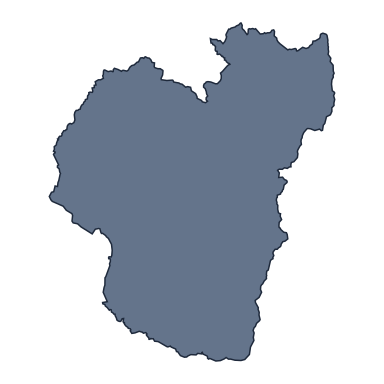 Rong Kwang, Phrae, Thailand (Natural Earth projection)
{"feature_id": "78962969B55827771181130", "entity_name": "Rong Kwang", "entity_type": "district", "adm_level": 2, "iso_a3": "THA", "parent_name": "Thailand", "parent_adm1": "Phrae", "projection": "natural_earth1", "projection_center": [100.384, 18.327], "detail": "fine", "context": "isolated", "style": "filled", "palette": "slate", "viewbox_px": 384, "rotation_deg": 0, "n_neighbors": 0, "source": "geoboundaries", "source_scale": "gbopen_adm2", "svg_char_len": 5841}
<svg xmlns="http://www.w3.org/2000/svg" viewBox="0 0 384 384"><path d="M220.4,360.6L224.4,358.8L226.1,357.5L228.4,359.1L230.6,359.1L234.9,360.2L241.0,360.5L244.8,359.5L249.4,354.5L250.5,347.0L253.9,340.5L253.3,337.4L254.1,333.0L253.1,330.4L254.1,327.7L255.4,326.4L256.5,323.4L259.6,320.6L260.1,319.5L259.0,315.0L259.2,312.3L258.1,309.3L258.3,307.7L255.5,302.6L255.2,300.4L259.1,297.4L261.6,292.2L260.5,289.6L260.7,286.3L261.5,284.9L262.7,283.8L264.1,281.1L266.5,278.6L266.3,276.8L266.7,275.5L266.4,274.5L266.7,271.2L268.3,270.0L270.4,260.8L271.3,259.6L273.0,258.7L272.8,257.5L273.8,255.6L272.9,253.1L273.3,251.7L275.1,249.3L277.4,249.2L278.4,247.9L280.3,246.7L280.9,245.8L281.2,244.1L282.8,241.7L285.1,241.1L287.8,238.9L287.2,234.5L286.4,232.7L283.7,232.2L280.7,229.4L280.3,228.2L279.2,227.5L278.9,225.9L279.2,222.3L281.6,219.6L280.2,216.3L280.5,213.7L279.6,213.6L278.4,212.6L277.7,209.1L277.8,205.3L276.8,203.8L277.0,202.6L276.3,200.1L276.7,197.9L277.3,197.3L277.3,195.2L280.5,194.1L280.9,192.7L282.2,191.5L282.4,190.3L283.3,189.3L284.1,185.1L287.0,182.5L287.1,181.3L286.5,180.4L284.4,179.5L282.6,177.2L278.7,177.5L279.3,172.9L277.6,170.3L279.2,169.2L282.3,169.3L284.5,167.8L287.3,168.4L289.3,167.0L291.0,166.8L290.8,165.0L291.3,162.5L293.9,161.7L297.4,157.6L297.9,153.8L297.4,151.9L297.7,150.2L299.9,146.1L301.4,144.5L301.0,141.5L301.2,139.4L302.1,137.8L302.4,135.6L303.8,132.5L306.8,129.0L307.7,128.5L310.5,128.8L314.8,130.5L319.6,129.1L321.3,130.7L322.5,130.3L323.3,125.2L324.8,123.4L326.5,116.7L330.4,114.8L331.9,111.4L331.8,107.8L334.0,105.5L333.9,103.1L334.7,99.4L333.6,95.8L334.7,93.0L334.0,91.9L332.3,90.8L331.5,84.2L331.9,79.8L333.3,77.2L333.1,75.3L334.1,73.2L333.3,71.2L333.1,65.2L330.2,61.6L330.8,58.2L328.1,54.4L328.6,51.7L328.2,48.9L328.4,46.8L327.9,45.3L328.1,44.0L327.7,42.4L327.9,40.3L327.0,35.3L326.0,34.2L322.9,33.2L321.1,33.9L320.4,34.8L320.1,37.3L319.4,38.5L315.3,40.9L313.0,41.1L312.3,44.1L310.0,45.6L308.6,47.6L306.0,48.5L302.7,47.3L298.0,50.7L296.9,51.0L296.5,50.8L296.2,49.1L295.2,48.5L291.4,49.5L289.3,49.2L287.8,49.9L280.0,43.8L278.0,41.8L276.9,39.8L276.7,38.1L274.2,35.9L274.5,31.4L273.7,29.9L271.9,30.3L270.6,32.3L269.3,32.8L267.3,32.8L265.8,33.5L264.6,32.7L263.3,33.7L260.2,34.0L255.6,28.7L254.5,29.2L252.8,28.5L250.5,29.0L249.2,28.7L248.3,29.3L248.1,33.0L247.5,34.4L247.0,34.6L244.1,30.4L242.6,29.1L242.0,27.6L242.2,25.3L241.1,23.0L240.4,23.1L238.8,24.9L236.4,25.9L235.1,27.0L231.1,28.1L229.8,29.2L228.7,29.1L226.0,34.5L226.1,35.9L226.6,36.5L226.3,38.2L224.8,41.6L223.0,43.7L220.1,40.6L218.0,40.9L216.7,39.5L212.3,39.5L210.4,38.6L211.0,43.0L212.5,43.3L212.8,44.6L213.8,44.9L215.5,46.5L215.2,50.1L215.9,51.2L217.2,51.4L217.1,54.2L217.9,54.5L219.3,54.0L220.4,54.6L221.9,56.4L222.6,56.2L223.5,57.7L224.7,57.9L224.5,60.0L225.8,60.4L226.3,61.6L227.8,63.0L229.5,63.6L229.9,64.4L228.6,64.8L227.1,66.1L222.3,71.6L220.5,73.1L221.3,75.5L221.2,78.6L220.4,80.6L217.4,83.7L215.6,83.8L210.8,82.0L207.9,81.6L206.2,82.0L205.6,83.0L204.2,83.9L203.6,85.4L203.6,87.2L205.2,88.6L206.3,91.7L206.6,93.9L207.7,96.0L206.2,97.7L206.1,99.8L207.5,101.2L205.6,102.7L202.2,101.8L201.6,100.5L197.2,98.4L197.0,96.7L195.6,93.6L191.4,90.8L190.6,87.3L187.7,86.6L185.6,87.2L182.1,84.2L180.1,83.8L179.0,83.0L173.8,82.1L172.9,80.3L172.4,80.1L166.8,80.5L161.3,79.7L161.1,78.3L162.6,75.0L163.0,70.8L162.7,70.3L160.2,68.7L157.9,68.7L154.9,67.7L154.2,66.8L154.5,62.9L152.0,62.4L150.8,59.7L149.2,58.1L147.4,57.9L145.5,56.8L144.5,57.2L143.8,58.4L142.4,57.7L140.4,58.0L138.5,61.9L137.1,62.2L134.2,64.9L131.7,65.6L129.9,67.2L128.2,70.2L126.8,71.1L123.4,70.3L122.3,70.5L121.5,71.3L118.1,69.5L114.4,68.3L113.3,69.7L113.2,71.4L112.9,71.7L111.0,71.0L108.1,71.6L104.8,70.0L104.1,70.0L103.5,71.1L103.3,74.6L102.7,75.8L103.4,78.3L100.6,79.8L98.4,79.8L95.2,81.7L96.0,85.0L94.2,85.3L94.3,87.6L92.1,88.0L92.8,91.0L92.5,92.1L92.2,92.4L90.0,92.1L88.8,92.6L88.9,94.2L87.6,95.9L87.4,98.9L85.4,99.6L85.1,101.1L83.9,102.1L83.1,104.2L81.7,105.1L80.5,107.5L80.3,109.1L79.0,109.4L77.9,110.3L76.2,110.4L74.9,112.2L74.3,114.8L74.9,119.9L73.9,122.6L71.6,124.0L70.1,123.4L68.4,124.3L67.3,126.1L66.8,129.5L65.8,129.9L65.3,130.6L63.8,130.7L61.8,133.8L62.1,134.5L61.7,135.7L60.9,136.3L59.8,136.2L59.0,137.0L58.4,138.1L58.6,138.8L57.6,139.0L58.1,140.0L57.7,140.1L56.5,143.2L56.4,144.8L54.2,146.7L54.4,149.4L53.5,151.2L55.2,152.1L54.8,153.2L54.3,153.2L53.5,154.4L58.6,164.9L57.5,165.7L57.4,167.3L59.2,168.9L59.7,171.9L60.5,173.6L60.1,174.3L58.8,180.5L58.0,182.5L57.5,186.5L55.1,186.0L53.7,191.7L51.5,192.3L49.3,196.5L51.0,200.0L52.3,201.4L63.2,206.2L66.3,210.3L71.9,213.6L72.6,215.4L72.0,221.1L73.2,222.9L77.6,223.8L81.0,226.9L92.2,233.9L95.3,229.2L98.7,228.5L99.9,228.8L101.0,232.8L101.7,233.5L102.6,233.3L105.7,235.6L106.3,236.7L108.4,238.4L111.5,244.3L112.2,250.3L111.8,255.4L111.2,256.9L109.0,256.8L108.6,257.5L108.7,258.7L110.0,258.8L110.4,259.8L110.3,261.8L109.5,263.8L109.9,265.5L105.8,276.7L105.0,277.8L104.9,285.1L104.1,287.4L103.2,292.3L107.3,301.7L102.6,302.5L102.8,303.8L104.9,304.5L105.3,306.0L107.2,307.5L109.3,310.2L110.1,309.6L111.1,309.7L111.5,312.1L112.6,312.6L114.0,314.2L115.1,314.2L115.1,315.6L116.3,317.8L116.9,320.0L117.7,320.7L119.3,321.4L120.7,321.4L122.2,318.7L123.6,318.5L123.1,321.7L123.8,322.9L124.4,322.7L124.6,324.4L126.2,326.3L127.8,327.3L128.2,328.3L130.3,328.8L130.8,329.9L130.2,330.8L131.8,333.4L135.0,332.9L139.2,331.3L142.3,332.2L143.4,333.2L145.8,332.6L147.0,334.0L146.4,334.5L146.5,335.3L148.8,338.0L149.0,339.3L149.8,339.3L151.0,338.5L151.7,338.9L153.2,338.7L154.6,341.2L158.2,341.6L167.0,346.7L167.9,346.9L170.4,346.1L171.1,347.0L175.6,349.0L176.5,351.6L177.7,351.7L180.4,355.6L184.4,357.2L186.7,357.0L188.0,355.9L190.8,354.6L196.1,354.9L197.7,353.4L201.6,353.9L201.8,352.6L202.2,352.3L203.1,354.1L207.1,356.0L207.6,357.0L207.5,358.1L208.5,359.1L209.9,358.5L215.8,361.0L220.4,360.6Z" fill="#64748b" stroke="#1e293b" stroke-width="1.5"/></svg>